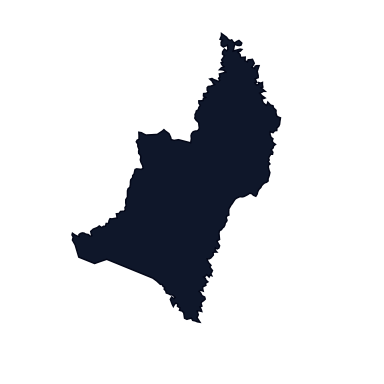 outline of Roncador, Paraná, Brazil, rotated 323°
{"feature_id": "56859067B4447919302568", "entity_name": "Roncador", "entity_type": "district", "adm_level": 2, "iso_a3": "BRA", "parent_name": "Brazil", "parent_adm1": "Paraná", "projection": "equal_earth", "projection_center": [-52.226, -24.572], "detail": "fine", "context": "isolated", "style": "filled", "palette": "ink", "viewbox_px": 384, "rotation_deg": 323, "n_neighbors": 0, "source": "geoboundaries", "source_scale": "gbopen_adm2", "svg_char_len": 4972}
<svg xmlns="http://www.w3.org/2000/svg" viewBox="0 0 384 384"><g transform="rotate(323 192 192)"><path d="M185.5,112.3L183.7,115.0L181.4,118.0L179.4,117.6L177.7,118.4L177.6,121.1L176.2,123.0L175.3,126.2L174.0,127.2L172.7,129.1L173.0,131.1L172.3,133.2L170.1,135.2L169.2,137.5L168.5,141.2L167.2,143.7L165.1,143.4L161.7,140.2L160.1,139.8L158.8,140.8L156.7,142.7L154.5,143.2L153.4,144.7L151.9,145.1L150.4,145.4L148.9,146.9L147.4,148.9L145.2,150.9L143.0,150.9L141.2,152.2L138.9,155.2L137.4,157.2L134.5,158.3L132.6,160.7L131.2,163.3L129.1,164.1L128.0,166.1L126.3,166.6L124.9,165.6L123.2,164.5L120.8,165.3L118.5,163.9L117.6,165.8L116.5,167.7L113.7,166.2L111.8,165.3L110.5,164.0L108.6,164.9L106.4,166.9L104.5,165.5L102.3,167.3L100.6,166.1L98.5,166.1L97.5,163.3L95.1,163.4L90.8,162.2L89.0,162.4L87.4,162.5L86.4,164.7L85.7,166.6L84.1,166.1L83.6,163.6L81.7,161.6L81.0,159.8L79.7,158.6L77.8,158.0L76.1,158.0L74.9,159.6L73.6,157.8L72.6,155.7L71.7,153.0L70.3,154.1L70.0,156.5L67.6,158.4L66.9,163.9L62.4,175.9L71.2,190.5L74.5,191.5L83.4,194.4L108.9,237.2L110.3,241.8L110.8,244.6L111.1,246.6L112.6,248.1L112.1,249.9L112.8,251.7L111.3,252.8L111.5,255.2L110.7,257.2L111.9,258.9L112.9,261.0L114.6,262.7L115.2,266.0L113.4,266.4L112.6,263.6L110.1,264.7L109.5,266.8L108.6,269.9L108.2,272.2L109.9,271.4L112.1,270.9L113.3,272.8L111.6,274.6L112.8,277.4L110.8,278.9L112.5,281.2L112.7,283.5L110.1,288.3L111.3,290.6L113.2,291.3L115.7,292.4L115.3,294.9L117.1,297.0L118.1,298.8L120.0,300.8L120.4,295.3L123.2,293.8L124.4,290.2L126.1,291.1L127.9,293.3L128.6,291.5L129.1,288.6L131.2,289.1L132.3,286.1L134.0,285.6L135.8,285.8L138.1,285.5L138.9,283.5L137.6,280.9L138.1,277.9L137.8,275.6L139.8,275.6L141.3,277.9L142.3,275.6L143.8,274.1L145.3,274.6L146.9,274.9L147.7,273.0L150.6,273.3L150.1,270.9L150.7,268.9L150.1,266.9L152.2,267.2L154.1,266.9L154.5,270.2L156.3,269.2L157.4,270.7L157.8,268.6L159.5,267.9L161.1,267.0L161.0,265.0L161.1,262.5L163.0,262.0L162.7,258.5L163.1,256.2L163.9,254.5L165.5,255.7L167.2,256.0L169.2,255.6L171.1,255.2L172.3,253.1L173.8,253.5L175.7,254.9L175.5,252.3L177.0,250.7L177.8,252.6L179.7,252.9L181.7,251.5L181.9,249.2L182.4,246.2L183.9,246.2L185.4,246.5L187.2,243.6L188.7,241.1L190.8,239.4L192.8,239.8L194.7,239.1L196.4,239.1L198.3,238.2L200.1,236.6L201.7,236.4L203.0,235.6L203.8,233.1L205.5,232.1L207.6,232.6L209.1,230.2L211.3,227.6L213.8,226.6L215.3,225.9L216.7,225.6L220.5,224.2L222.1,223.7L223.7,223.7L227.4,224.5L229.2,226.1L230.6,226.8L232.5,227.2L235.0,227.6L237.4,227.7L238.8,229.4L239.1,231.5L240.4,233.8L242.9,232.8L244.5,231.4L246.9,230.2L249.7,229.8L251.3,228.9L253.3,228.5L255.4,228.4L257.5,229.1L259.4,229.0L260.7,227.2L263.6,225.3L265.9,223.3L266.6,220.9L267.9,218.0L269.5,216.5L271.1,216.5L271.1,213.6L272.9,212.9L273.5,211.0L275.4,210.0L277.6,209.2L279.0,210.3L280.5,208.9L280.7,205.9L283.3,205.6L285.0,204.2L287.3,204.2L286.5,201.8L286.6,199.6L288.7,198.2L288.0,195.9L289.2,192.5L290.8,190.9L292.4,193.4L294.8,192.8L296.7,193.9L298.3,191.9L300.7,191.7L302.6,190.7L304.8,188.4L307.3,186.0L306.1,184.2L305.4,182.3L306.6,179.4L308.3,177.3L307.7,173.7L308.6,171.9L307.0,169.8L306.6,165.9L305.0,167.1L303.4,167.6L302.5,163.5L303.3,160.9L305.8,157.1L305.5,153.8L308.1,154.4L309.7,154.6L311.0,155.6L310.4,152.7L309.8,150.4L311.7,150.9L312.8,148.7L314.2,146.9L312.4,146.4L311.1,144.7L309.8,146.3L307.9,145.3L307.9,142.7L309.7,143.5L310.5,139.6L313.7,140.5L315.0,138.7L316.6,134.9L321.6,131.5L319.6,130.0L318.1,129.5L316.4,131.0L314.8,128.4L319.2,126.7L320.1,122.4L318.2,121.4L316.5,120.2L314.6,121.4L313.3,119.1L315.7,116.3L313.4,114.9L311.8,113.8L313.1,111.2L312.9,107.7L315.4,108.6L317.6,108.2L316.4,106.8L314.3,106.0L311.9,105.1L309.7,104.3L313.5,100.9L315.2,99.8L316.5,102.2L318.0,103.6L319.5,104.2L321.4,103.0L320.7,99.2L318.2,98.7L316.4,98.7L315.2,97.8L315.3,94.4L313.7,93.9L312.7,92.1L312.7,89.1L310.9,83.2L309.5,85.0L307.9,86.0L306.3,86.9L307.7,89.1L305.4,89.9L303.6,92.5L304.3,95.1L308.7,96.0L306.6,99.6L304.7,100.2L303.9,97.4L300.8,98.5L299.3,100.2L299.9,102.7L297.8,103.5L295.2,104.3L294.7,106.9L293.0,106.3L292.5,108.4L293.0,111.2L290.1,110.5L287.6,110.9L289.6,112.6L291.0,114.3L291.2,116.5L287.8,115.4L284.9,114.2L283.5,117.0L281.7,117.2L281.4,119.5L279.5,119.6L278.5,117.5L277.0,115.3L276.3,113.4L274.2,112.5L274.8,115.5L274.4,117.5L274.7,119.8L272.5,119.3L270.5,118.7L268.5,117.5L266.9,117.8L265.4,119.8L265.1,122.1L262.6,121.7L260.5,120.4L258.9,122.2L259.7,124.7L257.6,124.0L255.9,125.6L254.1,124.6L252.3,123.3L250.9,125.4L250.8,127.8L248.4,128.6L246.5,130.1L244.2,129.9L243.0,131.0L241.1,131.9L240.1,133.5L238.7,134.7L238.5,137.0L239.1,140.6L237.4,143.4L236.3,145.4L234.5,146.4L232.8,146.3L231.3,145.3L229.2,144.6L226.8,145.2L225.1,146.5L223.7,148.9L222.1,150.5L220.5,151.9L212.7,142.1L208.7,140.0L206.9,137.6L207.9,135.4L208.7,131.5L208.0,129.1L207.4,127.2L207.1,125.3L205.1,125.5L198.9,125.1L189.5,118.8L188.2,116.3L187.3,114.2L185.5,112.3ZM305.8,157.1L305.4,160.5L307.0,160.9L305.8,157.1Z" fill="#0f172a" stroke="#020617" stroke-width="1.5"/></g></svg>